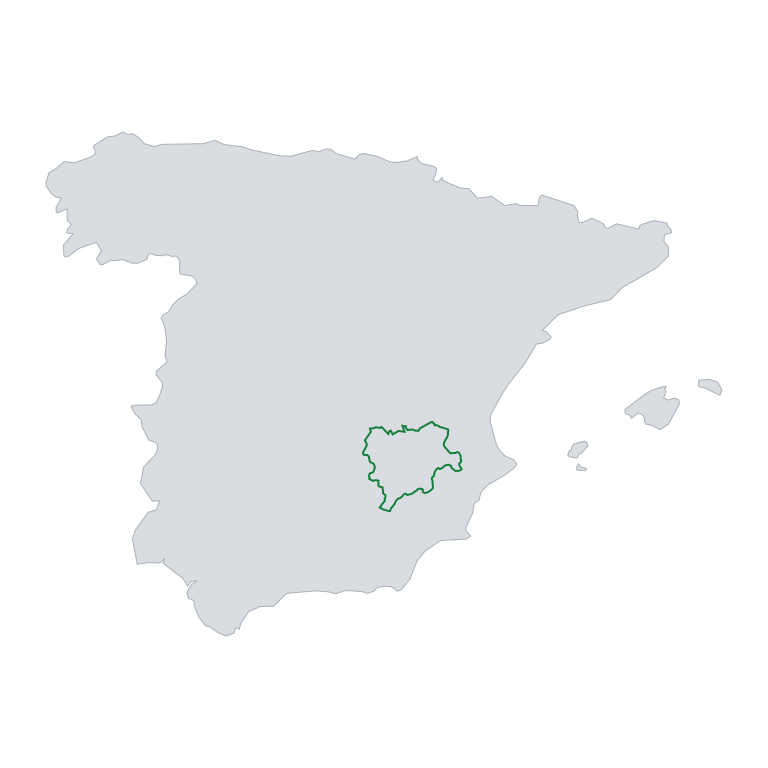 Albacete on a map of Spain (Mercator projection)
{"feature_id": "ESP-5802", "entity_name": "Albacete", "entity_type": "Autonomous Community", "adm_level": 1, "iso_a3": "ESP", "parent_name": "Spain", "parent_adm1": "", "projection": "mercator", "projection_center": [-1.774, 38.723], "detail": "fine", "context": "in_parent", "style": "outline", "palette": "green", "viewbox_px": 768, "rotation_deg": 0, "n_neighbors": 0, "source": "natural_earth", "source_scale": "10m", "svg_char_len": 7398}
<svg xmlns="http://www.w3.org/2000/svg" viewBox="0 0 768 768"><path d="M417.2,156.6L417.3,159.0L421.3,163.5L433.3,166.2L436.3,168.1L435.8,174.3L432.9,179.6L435.4,182.0L438.4,181.9L441.9,177.6L442.6,180.4L448.1,183.0L460.1,187.9L468.7,188.6L477.5,198.2L491.8,196.4L504.7,205.6L516.7,203.6L519.4,205.4L538.2,205.6L539.2,198.1L541.5,195.0L574.0,205.5L577.9,211.9L577.3,215.2L579.0,222.7L583.2,222.4L591.8,218.2L602.9,223.4L605.8,228.0L608.1,228.3L616.4,223.8L639.0,229.2L639.9,225.7L641.5,224.6L650.9,221.4L654.8,220.7L666.9,223.1L668.3,227.4L670.7,229.0L671.6,232.7L664.6,234.9L663.8,241.2L668.2,246.6L668.7,255.9L656.6,267.7L622.0,287.8L610.6,299.7L584.8,305.8L558.2,314.6L542.3,330.4L546.4,331.7L551.1,337.0L549.6,339.4L542.6,343.1L536.4,344.1L524.8,363.5L508.9,383.4L503.0,392.4L490.4,415.5L490.3,422.1L496.5,444.9L500.0,450.9L505.0,455.9L514.4,460.2L516.8,464.4L513.5,468.4L504.1,475.5L487.7,485.0L480.7,492.6L479.2,499.8L474.4,503.1L472.6,513.2L466.1,527.2L465.7,530.9L470.7,536.0L465.7,539.1L440.5,540.4L424.9,551.3L417.0,561.0L410.0,578.9L401.4,589.5L397.6,591.4L391.7,586.8L384.4,586.1L377.2,587.6L373.5,591.3L367.7,593.3L362.0,591.6L349.6,590.6L344.2,590.8L335.6,593.8L328.2,591.8L315.8,590.8L288.9,593.1L285.5,594.2L273.6,606.3L260.6,606.5L248.8,611.4L240.9,623.0L239.3,629.3L237.0,627.8L235.2,628.3L234.3,633.0L226.1,636.0L217.0,632.1L209.4,626.4L205.4,626.0L199.0,617.0L196.2,611.2L194.2,605.0L194.0,600.7L188.3,598.2L186.9,592.4L191.1,585.0L196.6,580.9L191.4,581.3L187.7,586.0L182.9,578.4L163.3,563.4L164.4,558.1L161.1,562.1L158.8,563.1L148.9,562.5L137.3,564.3L132.5,538.8L135.4,529.8L148.3,512.3L156.4,509.8L159.7,500.8L152.3,501.2L140.5,483.6L143.5,467.2L155.3,454.9L157.3,449.9L157.7,445.3L155.4,442.1L149.0,440.3L142.3,427.2L140.9,419.0L135.4,414.4L130.9,406.3L134.9,405.1L151.7,405.0L155.8,402.9L158.8,397.4L162.0,388.4L162.8,382.9L156.2,375.0L156.0,373.4L156.8,370.7L167.1,361.9L165.0,355.4L166.6,341.5L165.8,333.4L164.7,326.8L161.1,318.1L163.4,314.6L168.8,311.6L173.0,304.5L179.2,298.6L187.4,293.8L196.9,283.4L195.3,278.8L192.1,276.1L180.4,274.0L179.6,271.9L179.7,260.6L176.6,256.0L172.4,256.5L165.9,254.5L164.3,255.8L156.1,255.4L150.2,253.4L147.8,255.1L147.1,259.1L137.5,263.3L132.0,263.1L123.0,259.6L112.9,260.8L111.7,259.9L103.0,264.6L100.1,264.7L96.5,259.1L101.2,250.9L97.1,243.1L94.4,242.9L78.3,248.6L68.9,256.1L65.2,257.0L63.9,255.7L63.5,245.1L73.2,233.7L67.0,232.9L67.3,229.6L71.3,224.4L67.2,220.5L67.2,208.9L58.4,212.6L56.2,212.1L56.1,207.4L61.5,198.2L55.8,197.1L51.5,193.7L46.1,186.0L46.1,182.0L49.0,172.6L56.6,168.1L64.1,161.6L74.5,162.8L90.0,157.3L95.3,154.4L95.1,150.4L93.3,147.5L94.9,144.7L107.5,136.9L115.1,136.0L122.8,132.0L127.9,134.6L132.5,133.7L137.7,136.8L144.5,143.7L154.5,146.5L162.5,144.3L203.5,143.7L215.1,140.3L224.1,144.6L241.6,146.6L252.1,150.1L281.1,156.0L291.6,156.1L312.7,150.3L318.5,151.8L326.9,148.9L331.0,149.5L336.2,153.6L354.8,159.1L359.7,154.4L363.3,153.4L376.7,156.2L390.1,162.0L397.1,162.5L407.4,160.9L417.2,156.6ZM663.6,398.0L668.4,400.1L673.4,398.2L676.1,398.8L678.7,399.8L679.4,403.9L668.5,424.1L660.0,429.6L651.3,425.2L646.3,424.2L644.8,422.5L643.7,416.1L641.4,414.0L638.1,413.1L631.4,418.2L629.3,414.8L626.1,414.1L624.9,412.1L625.0,409.4L645.6,393.8L651.6,390.3L664.2,386.2L666.2,386.8L664.5,389.2L666.2,391.5L663.6,398.0ZM721.9,389.7L719.9,395.3L704.6,387.8L699.6,387.0L698.4,385.8L698.9,380.2L709.2,379.4L717.5,382.2L721.9,389.7ZM578.8,454.2L577.0,458.1L569.4,456.7L567.7,455.1L569.4,450.7L571.5,450.1L571.7,446.9L574.0,443.8L584.7,441.2L587.2,443.3L587.7,446.5L581.2,453.3L578.8,454.2ZM586.2,469.9L585.1,470.8L576.8,470.0L576.6,467.4L578.3,463.8L581.4,467.4L586.1,468.1L586.2,469.9Z" fill="#d9dde1" stroke="#a8b0b8" stroke-width="1"/><path d="M455.7,471.1L452.9,469.0L451.6,467.7L451.4,467.3L451.2,466.8L451.2,466.4L451.1,465.9L450.8,465.6L450.4,465.4L448.6,464.8L448.1,464.7L445.2,465.5L444.7,465.7L444.2,466.1L443.0,467.4L440.2,469.0L439.6,469.0L439.2,468.8L439.0,468.4L438.7,468.1L438.3,468.0L437.6,468.4L436.7,469.1L435.2,471.0L434.4,472.8L434.2,473.8L434.2,474.2L434.2,475.2L434.0,475.6L433.7,476.1L433.1,476.5L432.6,476.9L432.0,478.0L431.9,478.3L431.8,478.7L431.8,479.1L431.9,479.4L432.0,479.7L432.2,480.1L432.4,480.9L432.6,482.0L432.7,484.0L432.7,485.0L433.0,486.6L433.0,487.1L432.9,487.6L432.8,488.0L432.6,488.5L432.2,489.0L428.5,492.0L425.6,492.9L425.1,493.0L424.6,492.9L424.2,492.7L423.5,492.4L423.2,492.2L423.0,491.9L422.8,491.6L422.7,491.3L422.7,491.0L422.7,490.6L422.8,490.3L422.8,490.0L422.8,489.7L422.6,489.4L422.4,489.2L422.1,489.0L421.8,489.0L421.0,489.1L420.7,489.0L420.1,488.6L419.8,488.5L419.4,488.5L418.9,488.7L418.6,488.9L418.2,489.2L417.6,489.4L417.4,489.4L417.3,489.5L417.3,489.8L417.1,490.2L414.5,491.8L412.6,493.3L411.4,493.9L410.6,494.2L409.0,494.5L407.7,495.0L407.3,495.0L407.0,494.8L406.2,494.0L405.8,493.7L405.4,493.7L404.8,493.8L404.0,494.3L402.7,495.8L400.6,497.8L400.0,498.1L399.0,498.3L398.5,498.5L397.8,498.9L396.4,500.3L395.9,501.1L394.5,504.0L392.9,506.1L391.1,508.3L390.8,508.7L390.1,511.0L389.5,511.2L388.9,511.1L383.7,509.6L379.7,507.6L380.2,506.8L380.9,506.0L381.2,505.6L381.7,504.7L384.8,500.8L384.9,500.2L384.8,499.7L384.6,498.9L384.6,498.6L384.7,498.4L385.0,498.2L385.1,497.9L385.3,497.5L385.4,497.2L385.4,496.7L385.5,496.3L385.5,495.8L385.4,495.4L385.0,494.7L383.5,493.8L383.1,493.1L383.0,492.5L383.0,492.0L383.1,491.0L382.9,490.0L382.7,489.6L382.6,489.1L382.6,488.6L382.7,487.7L382.6,487.4L379.2,486.4L378.7,485.8L378.5,485.5L378.3,485.1L378.4,484.7L378.5,484.2L378.5,483.3L378.4,482.9L378.3,482.0L378.5,481.2L378.5,480.9L378.4,480.9L377.9,480.6L377.1,480.3L375.7,480.2L374.9,480.3L374.2,480.5L373.3,480.9L371.1,480.0L369.2,478.8L369.7,477.9L368.8,476.2L369.5,474.2L369.9,473.5L370.6,473.0L373.1,472.3L373.6,471.4L374.8,467.7L374.8,466.5L374.5,465.5L373.0,463.2L370.5,462.4L369.6,461.0L368.9,456.6L367.1,454.9L364.7,455.0L363.5,454.6L363.0,453.4L363.1,452.4L366.7,445.5L366.8,444.6L366.6,443.5L364.9,440.3L370.9,431.7L369.9,428.5L373.9,428.2L376.1,427.1L378.6,427.9L380.6,427.9L381.5,426.9L388.3,434.0L389.5,431.0L390.9,430.7L392.6,434.4L398.6,430.9L404.5,431.8L402.4,425.8L405.9,426.3L405.5,427.2L407.5,430.1L412.6,429.4L414.7,430.5L418.4,430.9L420.0,428.3L431.8,421.8L432.5,421.9L432.7,422.2L432.8,422.6L433.0,422.8L433.4,422.9L433.5,423.2L433.6,423.4L434.1,423.6L434.3,423.8L434.3,424.1L434.4,424.5L434.5,424.9L434.6,425.3L434.8,425.4L435.1,425.3L435.6,425.4L435.8,425.3L436.1,425.1L436.6,425.1L437.6,425.5L439.9,427.0L440.4,427.2L440.8,427.2L441.3,427.2L448.0,429.4L448.3,429.9L448.3,430.4L448.2,430.9L448.1,431.4L447.9,432.4L448.0,432.9L448.0,433.4L448.0,433.8L447.9,434.8L447.8,435.2L447.6,435.6L447.5,436.0L447.3,436.6L447.2,437.1L446.8,438.0L446.5,438.4L446.1,438.7L445.5,439.5L445.3,440.0L445.0,440.9L444.8,441.4L444.3,442.3L444.1,442.8L444.0,443.2L443.9,443.7L443.8,444.2L443.8,444.9L444.1,445.9L444.4,446.5L449.3,452.2L450.1,452.9L450.8,453.3L452.2,453.2L453.5,452.9L454.9,453.0L455.9,452.8L456.6,452.2L456.9,452.1L457.3,452.1L457.8,452.2L458.3,452.4L458.9,452.8L460.5,455.6L460.8,456.2L460.7,456.7L460.5,457.7L460.5,458.2L461.2,460.2L461.2,460.5L461.1,460.9L460.9,461.2L460.8,462.3L460.3,462.7L459.8,463.0L459.4,463.2L459.2,463.7L459.1,464.2L459.4,465.4L459.7,466.2L460.2,466.8L460.5,467.2L461.0,468.0L461.3,468.4L461.6,468.9L461.6,469.1L461.4,469.4L459.8,470.5L459.0,470.8L458.0,470.9L456.8,470.9L456.5,470.8L455.7,471.1Z" fill="none" stroke="#15803d" stroke-width="2"/></svg>